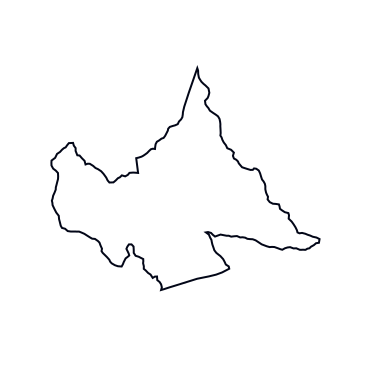 Ipu, Ceará, Brazil, rotated 305°
{"feature_id": "56859067B13578671451293", "entity_name": "Ipu", "entity_type": "district", "adm_level": 2, "iso_a3": "BRA", "parent_name": "Brazil", "parent_adm1": "Ceará", "projection": "natural_earth1", "projection_center": [-40.662, -4.382], "detail": "fine", "context": "isolated", "style": "outline", "palette": "ink", "viewbox_px": 384, "rotation_deg": 305, "n_neighbors": 0, "source": "geoboundaries", "source_scale": "gbopen_adm2", "svg_char_len": 3669}
<svg xmlns="http://www.w3.org/2000/svg" viewBox="0 0 384 384"><g transform="rotate(305 192 192)"><path d="M94.0,222.9L96.5,224.9L100.9,228.2L106.4,232.5L123.9,246.0L132.5,254.2L138.2,259.2L143.4,262.8L150.5,266.5L152.1,264.8L152.0,261.3L153.6,258.6L154.9,256.0L155.8,252.0L155.9,249.7L156.1,246.8L157.1,243.7L158.9,241.3L160.6,238.9L162.3,237.0L163.9,235.4L165.0,233.1L166.8,230.3L166.9,226.6L168.4,228.1L169.4,231.1L168.9,233.6L168.7,236.4L173.5,239.8L174.7,242.5L176.0,245.4L177.3,247.3L177.9,249.7L179.8,251.8L181.7,254.1L182.4,257.5L184.0,259.5L185.1,261.8L185.4,264.2L186.6,266.4L188.1,268.8L188.9,271.8L189.0,275.0L189.1,279.1L190.4,284.3L191.4,287.2L192.9,289.0L194.2,291.1L195.2,294.7L195.8,297.1L196.5,299.1L199.2,300.4L201.4,302.1L203.1,304.0L204.0,307.5L205.7,309.7L206.5,313.5L208.4,316.1L209.8,318.2L211.7,319.0L213.3,320.5L215.3,320.8L218.4,322.3L221.2,323.0L223.2,325.1L226.6,323.5L226.1,320.1L224.6,316.5L224.1,313.8L223.3,311.2L222.8,308.8L221.6,305.6L219.8,303.7L219.4,301.6L220.9,299.8L222.4,297.1L223.8,293.8L224.9,290.7L225.6,286.5L228.6,284.8L230.0,283.0L228.7,279.6L228.6,276.2L228.7,273.7L230.5,271.9L231.7,270.3L230.3,267.5L228.8,265.0L228.3,261.5L229.3,258.2L231.7,257.0L232.8,254.9L234.0,253.0L236.3,250.5L238.9,248.7L240.5,247.0L241.7,244.6L242.4,242.2L244.2,239.8L246.4,237.0L247.9,234.4L247.9,231.3L246.9,229.3L245.0,229.1L243.6,227.2L242.5,223.8L241.7,221.2L241.0,218.8L241.7,216.1L242.3,213.9L243.4,212.1L243.8,209.8L243.5,207.1L245.1,204.8L248.3,203.7L249.0,199.8L248.1,195.8L249.8,192.9L250.8,189.6L252.2,186.9L253.7,184.9L254.5,182.9L256.7,181.7L259.7,179.4L262.1,177.5L263.9,176.3L265.6,174.8L267.6,172.7L268.9,169.9L269.0,167.3L268.9,163.9L268.9,160.0L270.2,157.2L270.7,155.1L271.6,152.7L274.2,150.3L278.0,150.9L280.2,150.4L283.2,149.3L286.3,146.1L287.0,141.9L287.2,139.4L287.7,136.5L288.6,134.3L289.6,132.1L292.1,129.5L295.0,127.3L296.5,125.3L271.6,132.4L257.5,136.7L252.2,138.8L250.2,140.0L247.7,141.2L245.2,141.4L242.3,140.9L239.4,141.4L236.9,139.9L235.1,138.4L232.6,136.5L230.2,136.2L228.4,137.0L225.5,137.4L222.6,137.8L220.0,137.7L218.2,136.4L215.4,135.5L213.0,134.4L210.2,134.8L207.8,136.0L206.0,137.0L205.0,135.1L203.4,133.8L201.0,133.3L198.3,132.9L195.9,132.1L193.8,131.3L192.0,130.4L189.5,128.5L187.7,126.9L176.7,136.9L175.6,135.0L174.2,132.7L171.8,129.8L169.2,129.6L166.5,128.3L165.4,125.0L162.7,124.5L160.8,123.4L157.7,122.9L154.8,122.1L152.4,118.9L153.1,116.2L154.6,113.5L156.1,109.2L156.9,105.7L156.8,101.9L156.3,99.2L156.7,96.1L156.5,92.1L155.3,90.3L153.5,89.0L155.9,86.1L156.5,82.6L157.4,79.0L156.3,77.0L158.9,73.1L161.2,71.5L162.2,68.6L164.0,66.4L161.4,63.1L158.6,62.9L156.1,62.9L154.4,61.9L152.2,61.3L149.1,60.9L145.8,59.6L141.5,60.3L137.2,58.9L135.4,60.0L133.1,61.7L131.5,64.9L131.4,68.1L130.7,71.3L128.0,73.4L125.8,74.8L122.8,75.9L120.2,76.9L117.7,77.8L115.8,79.0L112.5,79.8L109.3,80.4L106.6,81.6L104.5,82.2L103.1,83.8L101.3,85.3L99.3,88.8L97.3,92.6L96.1,96.5L93.5,98.7L91.9,100.6L89.1,103.8L88.0,106.1L89.1,109.1L88.7,112.6L90.1,115.4L94.8,122.2L95.3,124.3L96.0,127.8L96.1,130.5L96.3,134.7L96.5,137.0L97.9,139.4L97.9,143.1L97.5,145.2L95.7,147.8L93.9,150.8L91.7,151.8L90.9,153.8L90.3,157.4L89.9,159.7L89.1,163.1L88.0,164.9L87.5,167.1L87.8,170.8L88.7,173.9L90.6,177.1L93.4,176.8L95.3,176.3L99.5,175.7L102.0,176.5L104.0,177.0L105.3,175.4L106.5,173.3L107.8,170.9L110.2,170.4L112.9,170.4L114.4,172.5L113.8,175.4L111.0,177.6L108.7,179.2L107.4,182.4L108.4,185.5L108.7,187.9L109.1,190.5L107.4,191.8L105.6,192.8L103.6,195.1L101.4,196.6L101.2,199.0L100.5,202.5L100.6,205.4L99.1,209.1L101.4,210.1L102.7,211.8L99.9,214.1L99.7,217.1L98.6,219.7L96.6,222.0L94.0,222.9Z" fill="none" stroke="#020617" stroke-width="2"/></g></svg>